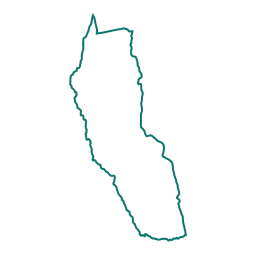 the district of Pandi, Cundinamarca, Colombia, rotated 180°
{"feature_id": "7082276B83110653557136", "entity_name": "Pandi", "entity_type": "district", "adm_level": 2, "iso_a3": "COL", "parent_name": "Colombia", "parent_adm1": "Cundinamarca", "projection": "equal_earth", "projection_center": [-74.479, 4.177], "detail": "fine", "context": "isolated", "style": "outline", "palette": "teal", "viewbox_px": 256, "rotation_deg": 180, "n_neighbors": 0, "source": "geoboundaries", "source_scale": "gbopen_adm2", "svg_char_len": 5780}
<svg xmlns="http://www.w3.org/2000/svg" viewBox="0 0 256 256"><g transform="rotate(180 128 128)"><path d="M163.0,240.6L163.6,238.7L164.7,232.8L165.2,231.5L165.7,230.9L166.8,228.4L167.3,226.6L167.6,225.1L168.3,223.6L168.6,222.6L170.0,219.3L170.3,219.0L171.5,218.2L172.1,218.0L172.5,217.4L172.7,216.0L172.9,213.6L172.8,213.0L172.6,212.5L172.6,211.8L173.0,211.2L173.0,210.6L172.8,210.3L172.6,209.3L172.7,208.2L172.6,206.8L173.8,203.4L173.8,202.6L174.2,201.0L174.2,197.3L174.3,196.7L175.3,194.9L175.4,194.5L175.3,193.3L175.9,191.6L175.8,190.7L176.0,190.0L176.6,188.5L176.8,188.2L178.8,187.8L178.9,187.6L179.2,187.1L179.1,186.4L179.3,185.4L180.7,184.5L182.2,183.8L182.4,183.6L182.5,182.9L183.0,181.7L184.9,180.5L185.2,179.9L185.4,178.4L185.6,177.4L185.6,176.3L185.7,175.4L185.5,174.8L185.5,174.4L185.8,173.1L185.7,171.8L185.5,171.4L185.2,170.9L184.7,170.6L184.5,170.2L184.6,169.3L184.4,168.5L184.1,168.1L183.0,167.2L181.6,165.7L181.4,165.2L181.2,164.8L181.2,164.5L180.9,163.8L180.8,163.7L180.2,163.9L179.8,163.8L179.6,163.4L179.6,162.6L179.5,161.9L179.6,160.9L179.5,160.4L180.5,159.3L181.1,158.8L181.5,158.2L181.5,157.5L181.1,156.3L181.0,155.9L181.0,155.2L180.7,154.0L180.2,153.1L179.7,152.6L178.9,150.8L178.8,149.6L178.6,149.2L178.5,148.1L177.3,147.5L176.5,146.9L176.1,146.4L175.5,146.0L175.1,145.3L175.0,144.6L175.1,144.4L175.3,141.9L175.2,141.1L175.0,140.6L174.7,140.5L173.7,140.6L173.1,140.5L172.7,139.9L172.6,138.6L172.6,137.6L172.3,136.8L171.7,136.2L170.7,136.2L170.3,135.9L170.2,135.4L169.9,134.1L169.9,133.6L170.1,132.4L170.2,131.5L170.3,128.7L170.0,127.7L169.3,126.4L169.7,124.7L169.4,124.0L169.5,123.6L169.7,123.3L170.3,122.8L170.5,122.4L170.2,121.8L170.2,121.2L170.0,120.8L169.9,118.8L169.8,118.0L169.2,116.3L168.4,116.4L167.7,117.0L167.1,116.8L166.6,116.3L165.7,114.9L165.4,113.6L165.3,112.6L165.8,112.1L165.9,111.8L165.8,110.7L165.5,110.0L164.4,107.2L164.1,105.7L164.3,105.3L164.4,104.6L164.2,102.4L163.2,100.9L162.9,100.2L162.7,99.6L162.9,98.3L163.3,96.7L163.3,96.3L163.1,95.7L162.8,95.5L162.0,95.8L161.2,95.8L160.9,95.6L160.5,95.2L160.1,94.4L159.7,93.7L158.4,92.6L157.5,91.7L156.8,91.5L156.1,91.2L155.6,91.2L155.4,90.7L155.2,88.7L154.9,88.1L153.9,87.3L153.4,87.1L153.1,87.0L152.3,87.1L150.8,85.6L150.3,84.8L150.0,84.4L149.3,84.0L148.4,83.7L146.8,81.7L145.5,80.5L144.4,80.1L142.9,80.3L142.2,80.2L141.8,80.1L141.5,79.7L141.3,79.4L141.2,78.8L141.3,77.2L141.6,76.3L141.6,74.9L142.6,72.6L142.7,72.2L142.5,71.7L142.1,71.2L141.6,71.3L141.4,71.2L139.8,69.3L139.4,68.3L139.1,66.6L138.4,64.8L138.3,64.2L137.2,61.6L136.5,60.7L136.1,60.5L135.6,60.0L135.3,59.3L134.7,58.8L134.3,58.1L134.2,57.8L134.2,56.2L133.0,55.6L132.7,54.6L132.2,53.8L132.0,52.8L132.0,52.5L131.8,52.1L131.0,51.3L130.5,49.7L129.4,46.4L129.2,46.0L128.9,45.7L128.5,45.6L128.1,45.0L127.2,44.8L126.7,44.4L126.6,43.6L125.7,40.8L124.9,39.9L123.7,39.2L123.5,38.7L123.2,37.5L123.1,35.9L123.1,35.1L122.7,33.5L122.3,32.9L121.6,32.2L121.3,32.0L120.9,31.3L120.8,30.4L120.1,29.1L119.8,28.2L118.6,26.8L117.8,25.9L117.4,25.1L116.7,24.4L116.2,23.6L116.2,23.2L116.4,22.4L116.4,21.9L115.9,21.2L115.5,21.0L115.0,20.3L114.3,20.3L113.8,20.9L113.2,20.8L112.3,20.5L111.7,19.8L111.3,19.8L111.2,19.8L111.1,20.1L111.3,20.7L111.3,21.3L110.7,21.9L110.1,21.9L109.0,21.3L107.8,20.0L107.4,19.9L106.5,19.8L106.0,19.6L104.9,18.4L103.4,17.5L101.4,17.6L100.6,17.0L99.5,17.0L98.9,16.6L97.9,16.3L96.6,16.3L94.8,16.9L93.4,17.0L92.7,17.3L91.8,17.3L91.3,17.1L89.7,17.1L88.7,16.6L87.8,15.5L87.1,15.4L86.9,15.5L86.5,16.0L86.1,16.4L85.4,16.4L84.7,15.9L84.2,15.9L83.1,16.7L82.5,17.4L82.1,17.5L81.1,17.3L80.4,17.4L79.6,18.1L79.1,18.1L78.6,17.4L77.9,17.3L77.0,17.8L76.3,18.6L75.9,18.8L74.6,18.8L74.1,19.1L73.2,19.2L72.2,19.7L71.3,20.7L71.0,20.9L70.2,20.9L70.2,21.5L70.4,22.2L70.8,24.8L71.0,26.0L71.3,26.7L71.6,28.4L71.8,29.7L72.4,31.0L72.5,32.4L72.8,33.8L73.1,36.4L73.2,39.0L73.3,39.5L73.5,40.1L74.2,41.4L74.9,43.4L75.7,45.8L76.1,46.6L76.4,47.4L76.9,50.0L77.6,51.8L77.6,52.6L77.5,53.0L76.9,53.6L76.4,54.3L76.3,54.9L76.3,55.3L76.8,56.1L77.1,56.5L78.6,57.7L79.1,58.2L78.7,59.3L77.4,61.0L76.8,62.2L76.9,64.1L77.7,66.6L77.8,67.2L78.4,68.9L78.2,70.5L79.1,72.4L79.5,73.5L79.7,74.1L79.9,76.0L80.9,78.4L81.6,80.6L82.3,84.0L82.8,85.3L83.1,87.2L83.3,91.0L83.5,92.0L83.7,92.7L84.6,94.2L86.0,95.6L88.0,96.9L90.2,97.8L91.2,98.7L92.9,99.4L93.4,100.2L93.3,101.3L92.4,104.6L92.1,106.8L92.0,108.5L92.3,110.4L92.5,110.9L93.1,112.1L94.1,113.1L96.4,114.3L98.3,114.9L99.3,116.2L100.3,116.9L100.9,117.5L104.0,120.1L104.8,120.5L105.8,120.7L108.6,119.9L109.2,119.8L109.7,120.2L110.3,121.2L110.7,121.9L111.6,124.8L112.3,126.3L112.6,126.7L113.7,127.5L114.4,128.3L114.8,128.9L115.0,129.6L115.1,130.3L115.2,131.8L115.0,135.6L115.1,137.8L115.1,140.2L114.9,142.2L114.1,144.8L114.0,145.8L114.2,147.6L114.3,149.7L114.9,152.4L114.8,152.9L114.2,154.9L114.1,157.2L113.9,159.3L113.2,162.2L113.2,162.7L113.5,164.0L114.1,165.0L114.7,166.2L114.8,169.2L114.8,170.0L114.9,171.0L115.1,171.8L115.6,172.0L116.0,172.1L117.3,171.7L118.0,172.5L118.1,173.1L117.5,175.2L117.5,176.1L117.4,176.4L116.4,177.5L115.7,178.0L115.3,178.1L114.4,178.9L114.3,179.7L114.4,180.9L114.5,181.6L114.8,182.4L115.3,183.2L116.4,184.4L116.6,185.2L116.6,185.8L116.8,186.5L116.9,187.9L117.2,188.7L118.0,189.9L118.4,191.0L118.5,193.4L118.6,194.3L119.8,198.0L120.1,198.7L120.7,199.3L121.2,199.4L122.8,199.6L123.5,199.9L124.5,200.8L124.7,201.6L125.0,205.2L124.4,207.0L124.4,208.3L124.5,208.9L125.5,210.5L125.5,211.6L124.8,212.7L124.8,213.7L124.5,215.9L124.0,217.9L124.0,218.3L124.7,219.6L124.7,220.5L123.7,223.2L123.6,224.8L125.7,224.4L126.5,224.7L127.0,224.6L127.3,224.9L127.7,225.7L129.0,226.8L129.5,227.0L130.4,226.9L131.4,227.6L131.8,227.7L136.0,226.8L139.1,226.4L151.9,223.6L159.2,222.5L158.9,226.0L159.0,226.6L160.5,232.3L161.0,235.4L161.7,238.0L162.3,239.3L163.0,240.6Z" fill="none" stroke="#0f766e" stroke-width="2"/></g></svg>